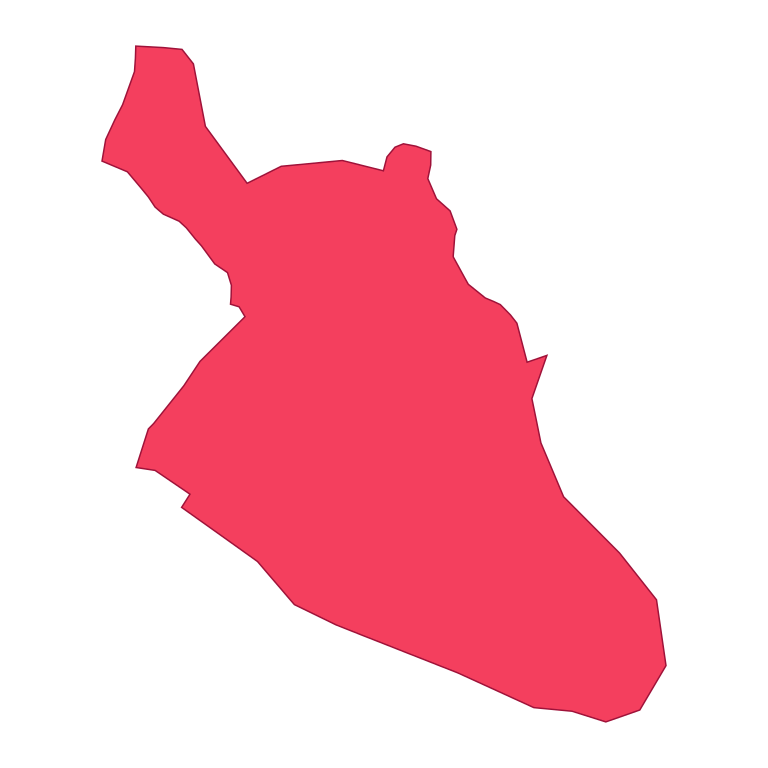 Aninri, Enugu, Nigeria (Mercator projection)
{"feature_id": "59680162B49286325204061", "entity_name": "Aninri", "entity_type": "district", "adm_level": 2, "iso_a3": "NGA", "parent_name": "Nigeria", "parent_adm1": "Enugu", "projection": "mercator", "projection_center": [7.587, 6.053], "detail": "fine", "context": "isolated", "style": "filled", "palette": "rose", "viewbox_px": 768, "rotation_deg": 0, "n_neighbors": 0, "source": "geoboundaries", "source_scale": "gbopen_adm2", "svg_char_len": 1251}
<svg xmlns="http://www.w3.org/2000/svg" viewBox="0 0 768 768"><path d="M193.4,63.9L189.0,58.3L187.9,56.9L182.0,49.4L163.5,47.6L135.8,46.1L135.4,58.5L134.5,71.6L122.6,104.7L114.8,119.9L105.7,139.5L102.0,161.1L127.4,171.8L140.7,187.6L148.4,197.0L155.1,207.1L159.4,210.8L163.4,214.2L179.1,221.2L186.3,227.8L195.5,239.2L201.5,245.9L214.8,264.0L227.5,272.6L231.4,285.3L231.1,297.0L230.5,304.2L239.1,306.8L245.0,316.7L200.0,361.4L183.8,385.8L153.7,423.5L148.4,428.9L136.1,467.5L155.1,470.4L190.0,494.2L181.6,507.4L189.8,513.2L231.9,543.2L257.5,561.5L269.1,575.1L282.5,590.7L285.1,593.8L289.4,598.8L294.4,604.6L336.1,624.9L363.1,635.6L399.2,649.8L408.3,653.4L440.8,666.2L457.6,672.8L533.8,707.6L571.9,711.2L605.8,721.9L639.8,710.0L646.4,698.8L666.0,665.6L656.5,599.8L619.6,553.1L586.3,519.6L563.6,496.8L540.9,442.9L536.3,420.1L531.9,398.6L546.9,355.4L527.1,362.2L516.9,323.2L510.5,315.0L500.3,304.6L494.1,301.7L485.3,298.0L468.3,284.3L464.5,277.5L464.3,277.1L453.4,257.2L453.2,256.3L454.8,235.6L456.9,229.3L450.1,210.9L436.5,198.8L427.8,178.6L430.7,165.1L430.9,151.6L416.0,146.2L403.4,143.8L395.0,147.2L387.0,156.9L383.4,170.8L383.0,170.7L342.3,160.5L281.2,166.3L247.1,183.3L205.4,126.4L193.4,63.9Z" fill="#f43f5e" stroke="#9f1239" stroke-width="1.5"/></svg>